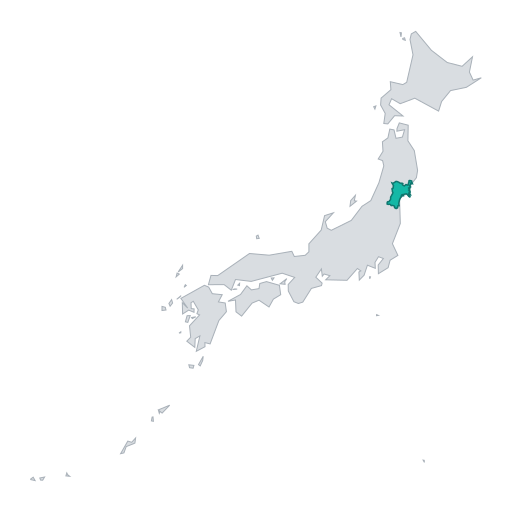 Japan, with Miyagi highlighted
{"feature_id": "JPN-1866", "entity_name": "Miyagi", "entity_type": "Prefecture", "adm_level": 1, "iso_a3": "JPN", "parent_name": "Japan", "parent_adm1": "", "projection": "albers", "projection_center": [141.11, 38.38], "detail": "fine", "context": "in_parent", "style": "filled", "palette": "teal", "viewbox_px": 512, "rotation_deg": 0, "n_neighbors": 0, "source": "natural_earth", "source_scale": "10m", "svg_char_len": 7058}
<svg xmlns="http://www.w3.org/2000/svg" viewBox="0 0 512 512"><path d="M399.3,122.9L408.2,125.2L407.9,140.8L414.3,150.6L417.6,170.4L416.4,177.7L410.1,185.7L408.7,193.9L402.3,195.5L399.6,199.8L400.3,223.5L392.4,243.7L397.9,255.4L390.1,260.2L388.1,267.7L378.4,273.7L378.2,265.0L383.4,258.5L378.5,256.7L375.0,262.4L375.3,268.3L367.4,265.2L364.1,275.2L359.3,280.1L358.9,272.0L360.8,270.9L357.4,268.5L347.0,280.3L325.7,279.8L329.9,275.7L324.1,274.0L322.3,276.2L321.4,268.9L315.8,277.2L322.1,283.1L321.5,285.6L311.4,288.4L302.8,302.1L298.4,303.5L293.9,301.7L288.3,291.0L288.2,284.5L294.7,277.4L282.2,273.2L251.2,281.4L235.5,279.5L231.3,290.2L224.1,284.6L208.4,284.7L211.0,275.4L217.7,275.6L249.5,253.5L269.2,255.2L291.8,251.3L294.3,256.5L305.2,255.3L308.9,251.8L308.9,243.8L321.2,230.1L324.6,215.6L333.4,212.8L325.3,221.7L327.2,228.2L331.3,230.3L351.3,220.4L362.0,206.3L370.8,200.6L378.9,182.8L383.8,165.9L382.6,160.6L378.2,159.0L383.0,151.3L382.4,141.8L387.9,137.9L389.8,129.1L394.0,129.9L396.0,138.3L402.4,137.1L404.6,129.7L396.9,131.2L397.0,128.6L399.3,122.9ZM447.2,62.5L462.1,66.3L472.5,56.8L469.4,72.1L473.1,80.1L481.3,77.8L466.4,87.3L450.5,90.6L441.6,101.5L438.6,111.1L414.8,98.2L400.2,103.7L391.6,98.7L389.0,104.8L403.0,116.0L394.6,115.7L387.8,123.9L383.8,123.5L385.2,113.4L380.6,105.0L381.1,98.1L390.9,89.7L390.3,81.7L402.8,84.6L406.7,82.3L413.0,54.8L410.0,39.5L411.3,33.9L415.7,31.4L431.4,50.3L447.2,62.5ZM212.3,293.7L222.2,294.7L218.4,301.9L225.2,303.0L226.4,311.7L218.9,320.5L210.1,343.9L204.9,342.6L205.0,346.7L196.3,351.3L199.9,335.9L195.2,338.6L194.8,347.4L186.8,341.2L190.7,337.2L189.5,325.8L199.6,314.9L196.9,313.7L198.3,309.9L193.3,301.3L191.0,302.7L191.2,308.6L194.1,308.9L194.0,312.3L188.7,310.1L182.6,314.0L182.3,302.7L187.7,308.1L180.9,298.4L204.4,285.3L208.7,287.1L212.3,293.7ZM266.5,281.6L279.4,285.3L280.7,294.7L273.4,299.1L269.0,307.0L259.0,300.2L252.1,303.1L241.6,316.1L236.0,311.8L235.5,300.0L228.0,301.3L240.5,294.5L246.9,285.8L251.4,289.9L259.0,288.6L259.8,283.5L266.5,281.6ZM134.9,443.1L126.2,446.6L123.9,452.9L120.6,453.7L127.8,441.1L131.7,442.3L135.6,438.0L134.9,443.1ZM356.5,201.1L350.0,206.3L350.7,200.6L355.4,195.3L354.3,200.8L356.5,201.1ZM169.7,405.2L162.1,413.1L158.3,409.9L169.7,405.2ZM187.8,322.4L185.4,321.8L187.1,315.7L190.2,315.6L187.8,322.4ZM285.1,284.3L280.1,283.8L286.8,278.6L284.7,281.8L285.1,284.3ZM193.1,368.2L189.6,367.7L188.8,364.8L193.9,365.4L193.1,368.2ZM182.6,268.6L178.2,272.0L182.6,265.2L182.6,268.6ZM200.2,365.9L198.5,364.6L203.2,356.3L202.7,360.5L200.2,365.9ZM162.0,306.4L165.3,307.3L166.0,310.0L162.0,310.5L162.0,306.4ZM179.3,274.1L176.1,276.9L177.1,273.0L179.3,274.1ZM35.1,480.6L30.7,479.6L30.8,478.9L33.2,477.2L35.1,480.6ZM259.2,238.4L256.7,238.7L256.3,236.1L258.0,235.1L259.2,238.4ZM170.1,306.2L168.9,303.5L171.6,299.6L172.6,303.0L170.1,306.2ZM44.6,477.0L42.7,480.2L40.6,480.1L39.8,478.0L44.6,477.0ZM153.4,421.3L151.4,420.9L152.1,417.1L153.0,416.9L153.4,421.3ZM405.3,40.3L402.9,39.5L402.7,38.4L404.6,37.8L405.3,40.3ZM195.8,316.8L192.3,318.6L191.5,317.5L195.8,316.8ZM374.9,109.1L373.7,106.7L375.9,105.9L374.9,109.1ZM232.6,289.6L234.7,288.9L237.2,289.1L232.6,289.6ZM401.4,32.8L401.0,36.9L400.0,32.5L401.4,32.8ZM179.7,297.2L176.7,299.3L181.1,295.6L179.7,297.2ZM69.7,476.3L65.9,475.9L66.8,472.9L67.6,474.6L69.7,476.3ZM186.3,285.5L184.1,287.3L185.3,284.7L186.3,285.5ZM274.0,277.9L272.4,280.3L271.2,278.0L274.0,277.9ZM160.0,411.8L159.3,413.4L158.7,411.2L160.0,411.8ZM370.5,276.8L369.8,278.8L369.5,276.8L370.5,276.8ZM180.8,332.8L179.0,333.1L180.8,331.8L180.8,332.8ZM239.6,283.3L239.5,285.6L237.8,285.1L239.6,283.3ZM378.4,315.4L376.5,315.7L376.6,314.6L378.4,315.4ZM424.2,460.3L424.4,462.4L423.1,460.1L424.2,460.3Z" fill="#d9dde1" stroke="#a8b0b8" stroke-width="1"/><path d="M411.7,181.0L411.8,182.0L412.3,183.2L412.4,183.6L412.0,183.4L411.9,183.3L411.8,182.9L411.7,182.7L411.6,182.8L411.4,182.9L411.0,182.9L410.8,183.0L410.7,183.6L410.8,184.0L410.8,184.4L410.6,184.7L409.8,185.3L409.6,185.6L409.8,185.7L410.0,185.8L410.1,186.2L410.5,186.5L410.5,187.1L410.3,187.1L410.2,187.1L409.9,187.0L409.7,187.4L409.6,187.5L409.1,187.7L408.9,187.8L408.6,188.0L408.8,188.4L409.0,188.5L409.8,188.6L409.8,189.0L409.6,189.3L409.5,189.5L408.7,190.1L409.0,190.4L409.3,190.8L409.5,190.9L409.8,190.6L410.0,191.0L410.1,191.3L410.1,191.7L410.1,192.2L409.9,192.1L409.7,192.0L409.6,191.8L409.5,191.5L409.3,192.4L409.2,192.6L409.3,192.7L409.3,192.8L409.4,193.0L409.0,193.1L408.8,193.2L408.8,193.3L408.9,193.6L408.9,193.8L408.9,194.0L409.1,194.2L409.3,194.0L409.6,194.0L410.0,194.1L410.2,194.4L409.9,194.3L409.7,194.2L409.5,194.4L409.3,194.7L409.8,194.9L409.8,195.4L409.8,195.9L410.1,196.2L410.0,196.4L409.8,197.0L409.6,197.0L409.1,196.5L409.0,196.4L408.8,196.4L408.6,196.3L408.6,196.2L408.7,195.9L408.5,195.6L408.0,195.3L408.1,195.2L408.2,194.7L407.8,194.5L407.7,194.5L407.3,194.5L407.1,194.4L406.7,194.0L406.3,193.8L405.8,193.9L404.4,194.2L403.9,194.4L403.6,194.7L403.4,195.2L403.5,195.8L403.4,195.8L403.0,195.8L403.0,195.7L402.7,194.7L402.5,194.8L402.4,194.8L402.2,194.8L402.1,194.7L401.7,194.9L401.5,195.3L401.3,195.7L401.2,196.1L401.4,196.0L401.6,196.0L401.8,196.3L401.6,196.6L401.4,196.7L401.3,196.8L400.6,197.6L400.1,198.5L399.7,199.3L399.0,202.1L398.8,203.0L398.8,204.0L399.1,205.7L398.1,205.8L397.8,205.9L397.7,206.0L397.7,206.7L397.7,206.9L397.6,207.6L397.6,207.8L397.4,208.0L397.1,208.1L396.3,208.1L396.2,208.2L396.4,208.3L396.3,208.5L396.0,208.5L395.5,208.3L394.8,207.8L394.6,207.6L394.5,207.4L394.5,207.2L394.6,206.7L394.5,206.4L394.3,206.1L394.0,205.9L393.6,205.8L393.3,205.6L392.6,205.4L391.6,205.6L391.4,205.6L391.2,205.6L391.0,205.4L390.7,204.9L390.5,204.6L390.2,204.5L389.5,204.2L389.3,204.2L388.6,204.4L388.0,204.4L387.1,204.0L387.2,202.4L387.3,202.1L387.6,201.8L387.8,201.7L388.5,201.7L388.8,201.6L389.1,201.4L389.4,201.1L389.7,200.5L390.2,200.0L390.4,199.7L390.6,199.2L390.6,198.8L390.6,198.4L390.6,197.6L390.7,197.0L390.8,196.7L391.0,196.4L391.4,195.9L391.5,195.5L391.7,195.0L392.1,194.5L392.3,194.3L392.4,194.1L392.6,193.3L392.9,192.8L392.9,192.5L392.8,192.2L392.7,192.0L392.5,191.8L392.4,191.5L392.3,191.2L392.3,190.2L392.2,189.8L392.0,189.2L392.0,188.7L392.3,188.4L392.6,188.5L392.8,188.4L393.0,188.3L393.1,188.1L393.2,187.8L393.3,187.4L393.2,186.9L393.3,186.4L393.5,186.0L393.5,185.9L393.5,185.6L393.1,185.1L392.8,184.3L392.2,183.5L392.0,183.0L392.4,183.2L392.8,183.2L393.9,182.8L394.9,182.2L395.2,181.9L395.4,181.7L395.6,181.6L396.0,181.4L397.0,181.5L398.7,182.2L399.9,183.0L400.2,183.1L400.4,183.2L401.6,183.2L402.3,183.3L402.6,183.4L402.8,183.6L402.7,183.7L402.4,184.0L402.3,184.3L402.7,184.9L402.9,185.2L403.6,185.5L404.2,185.9L404.4,185.9L404.5,185.8L404.8,185.5L405.0,185.4L405.5,185.1L405.6,184.9L405.8,184.6L406.1,184.6L406.3,184.7L406.7,184.7L407.6,185.2L407.8,185.1L408.2,184.6L408.3,184.5L408.4,184.3L408.4,184.1L408.4,183.6L408.4,183.4L408.4,183.2L408.6,182.8L408.7,182.6L408.8,182.5L408.9,182.3L409.0,182.1L409.0,181.8L408.9,181.5L408.9,181.1L409.0,180.8L409.2,180.6L409.5,180.5L409.9,180.5L410.4,180.6L410.9,180.8L411.6,180.9L411.7,181.0Z" fill="#14b8a6" stroke="#0f766e" stroke-width="1.5"/></svg>